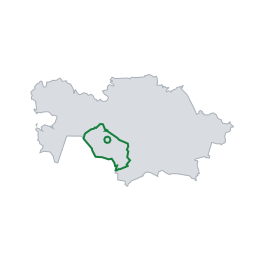 Qyzylorda on a map of Kazakhstan (Albers equal-area conic projection), rotated 13°
{"feature_id": "KAZ-3197", "entity_name": "Qyzylorda", "entity_type": "Region", "adm_level": 1, "iso_a3": "KAZ", "parent_name": "Kazakhstan", "parent_adm1": "", "projection": "albers", "projection_center": [63.953, 45.065], "detail": "coarse", "context": "in_parent", "style": "outline", "palette": "green", "viewbox_px": 256, "rotation_deg": 13, "n_neighbors": 0, "source": "natural_earth", "source_scale": "10m", "svg_char_len": 4196}
<svg xmlns="http://www.w3.org/2000/svg" viewBox="0 0 256 256"><g transform="rotate(13 128 128)"><path d="M153.6,171.2L152.3,172.0L151.7,173.0L150.7,172.8L149.0,174.9L143.8,178.3L140.7,182.8L140.8,184.7L139.8,184.8L137.6,183.5L137.9,181.7L136.8,180.5L129.7,180.9L128.3,174.7L125.4,174.7L125.8,167.1L124.1,168.0L122.3,164.7L118.9,161.6L116.4,162.9L109.5,162.3L102.6,163.2L98.2,157.9L97.4,156.1L84.5,146.4L70.1,149.6L67.4,177.8L64.2,177.7L61.4,172.2L57.6,168.9L51.4,169.5L47.8,171.9L47.9,169.4L49.2,167.1L49.4,164.5L45.6,163.1L44.4,160.6L42.6,160.2L43.0,157.9L42.0,155.7L41.3,152.1L38.7,150.6L38.5,149.5L38.9,148.6L39.5,148.4L42.0,148.8L43.6,150.0L45.6,150.1L44.4,149.2L43.2,146.7L45.9,143.7L51.3,144.1L55.4,145.3L53.4,143.1L56.0,138.6L55.9,136.4L56.6,135.0L56.3,133.5L55.6,132.6L53.4,132.0L51.4,133.0L48.9,131.1L46.7,130.1L42.5,131.2L39.3,132.9L36.4,133.0L36.3,133.8L36.0,133.5L35.5,133.9L35.6,134.3L32.6,131.9L32.2,131.2L32.4,130.5L34.3,131.1L34.8,130.7L32.0,122.8L28.7,121.4L27.6,121.6L26.9,119.9L27.3,117.7L25.5,115.9L25.5,114.6L26.4,113.0L28.6,110.7L27.8,108.9L28.1,107.9L29.5,105.4L31.0,104.5L31.8,102.6L32.8,101.8L33.8,102.2L36.1,106.7L36.5,107.0L38.2,106.6L38.8,106.0L38.6,101.3L39.5,101.5L42.3,100.1L43.5,98.5L45.1,98.4L47.7,97.4L50.5,94.7L52.1,95.6L52.8,97.0L54.1,97.1L57.3,95.9L58.7,97.8L62.4,98.3L65.8,102.2L66.9,104.3L67.0,105.9L67.4,106.3L68.0,105.4L67.7,103.2L68.2,102.7L71.4,105.7L73.0,106.5L74.8,105.7L75.4,104.8L77.2,103.6L77.8,103.9L79.8,103.5L81.8,105.0L82.8,104.8L83.8,103.6L86.3,104.0L88.7,107.0L91.5,107.7L91.8,108.7L93.2,108.1L94.5,106.1L96.3,107.5L98.8,107.5L101.1,106.3L102.1,103.5L102.0,102.7L101.1,101.8L96.8,100.0L96.5,99.1L94.8,97.8L96.8,96.4L97.9,96.3L99.5,94.9L98.6,92.3L100.0,90.0L104.3,90.4L104.8,89.9L104.5,89.1L102.9,88.2L100.8,87.7L100.6,87.3L100.9,86.5L102.4,85.9L102.1,85.5L101.1,85.7L99.8,85.1L101.1,82.1L104.3,82.7L116.0,79.5L118.1,79.4L118.8,79.8L119.5,78.5L120.6,77.6L123.9,77.2L132.6,74.5L133.0,73.9L132.7,73.1L134.2,72.7L136.1,71.2L138.4,71.3L141.6,72.5L144.0,71.3L144.9,72.5L146.5,76.4L146.5,78.2L146.1,79.0L146.3,79.4L147.5,79.7L150.5,79.0L151.2,78.1L152.3,79.5L152.7,80.8L153.3,80.4L153.1,79.7L153.4,79.3L154.7,79.4L156.3,80.3L158.4,79.4L158.4,80.3L156.9,82.2L156.9,83.0L157.6,84.1L159.5,82.5L161.1,82.7L161.9,83.3L162.2,82.0L163.8,80.4L165.5,79.6L166.1,79.0L166.2,78.0L172.2,74.4L171.7,76.8L170.6,76.9L171.1,77.8L178.3,82.5L188.3,94.4L191.8,99.4L193.7,97.7L193.4,95.8L194.6,94.7L196.6,95.1L196.7,96.8L198.3,96.6L199.0,98.1L204.0,97.1L204.9,95.6L207.6,94.1L210.8,95.1L213.6,98.6L217.2,99.1L217.6,100.3L219.2,102.1L224.1,101.7L225.9,99.0L226.3,99.5L226.1,100.6L227.1,100.9L228.5,102.1L229.8,102.3L230.5,103.2L228.1,104.2L227.9,105.1L228.4,106.9L227.9,108.4L224.3,110.6L224.1,114.4L226.1,119.1L225.6,120.8L224.4,121.3L222.5,123.5L221.6,122.6L218.3,123.4L212.9,123.1L212.0,135.9L212.2,136.5L213.9,136.8L214.1,137.8L213.9,139.2L212.4,138.8L210.8,139.6L209.1,138.5L201.0,142.9L200.2,144.1L201.0,144.6L202.3,144.2L203.7,144.7L203.3,146.1L204.0,149.5L206.4,153.2L206.9,155.1L207.8,156.1L207.7,156.6L206.9,156.5L205.8,157.4L205.9,158.0L206.9,158.5L205.2,160.0L205.2,160.9L206.3,163.7L206.1,164.1L204.2,162.7L201.3,162.7L199.2,160.8L187.0,161.4L180.6,162.7L179.6,163.8L178.1,163.9L174.9,163.2L171.2,161.6L169.8,162.2L167.8,163.9L167.4,167.2L168.0,168.5L160.8,166.6L157.8,166.4L155.0,167.3L153.2,170.6L153.6,171.2ZM38.6,146.4L38.1,146.5L37.7,145.6L38.0,144.8L38.5,144.6L38.0,145.6L38.6,146.4ZM52.7,144.3L52.3,144.1L52.1,143.7L52.7,143.4L52.7,144.3Z" fill="#d9dde1" stroke="#a8b0b8" stroke-width="1"/><path d="M102.8,163.3L98.2,157.9L97.5,156.2L87.1,148.4L87.1,144.6L87.7,142.7L92.3,137.6L94.9,136.4L95.7,135.0L96.9,135.1L100.0,130.4L101.3,130.1L102.8,130.1L105.7,134.3L107.8,134.8L106.8,135.8L108.4,135.6L112.8,137.3L119.7,140.0L122.2,141.6L131.3,143.2L132.4,145.9L131.8,149.4L133.5,150.7L133.8,156.6L137.2,159.0L134.9,163.9L135.1,164.6L135.4,163.9L136.3,165.1L129.5,169.9L128.1,170.2L126.4,172.0L125.4,171.9L125.8,167.1L124.1,168.0L122.4,164.8L119.0,161.6L116.3,162.9L109.5,162.3L102.8,163.3ZM110.6,147.3L113.0,146.2L113.7,143.8L112.3,141.5L110.0,141.0L108.0,142.3L107.5,144.4L108.6,146.6L110.6,147.3Z" fill="none" stroke="#15803d" stroke-width="2"/></g></svg>